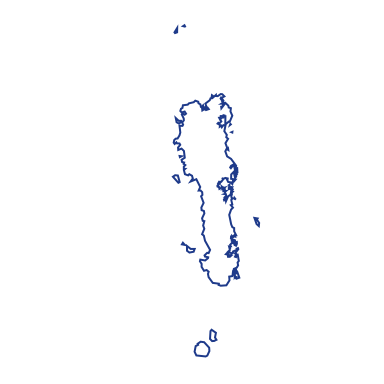 the district of Simeulue, Aceh, Indonesia, rotated 46°
{"feature_id": "22746128B32199422560180", "entity_name": "Simeulue", "entity_type": "district", "adm_level": 2, "iso_a3": "IDN", "parent_name": "Indonesia", "parent_adm1": "Aceh", "projection": "natural_earth1", "projection_center": [96.15, 2.538], "detail": "fine", "context": "isolated", "style": "outline", "palette": "blue", "viewbox_px": 384, "rotation_deg": 46, "n_neighbors": 0, "source": "geoboundaries", "source_scale": "gbopen_adm2", "svg_char_len": 6173}
<svg xmlns="http://www.w3.org/2000/svg" viewBox="0 0 384 384"><g transform="rotate(46 192 192)"><path d="M145.7,102.3L142.7,102.3L141.5,103.3L140.9,106.9L139.6,108.1L138.8,107.4L138.6,112.3L137.5,113.6L138.3,115.5L137.7,121.0L142.2,123.0L142.3,122.2L144.0,122.4L142.8,125.0L141.9,124.9L142.3,126.0L141.1,124.7L140.5,127.9L139.2,126.9L139.5,126.0L137.0,126.5L134.8,125.1L132.7,125.7L131.4,124.8L128.6,126.2L128.6,128.4L126.1,132.6L126.2,134.4L123.3,138.3L124.9,140.5L124.5,142.1L125.6,144.1L127.6,144.2L129.0,141.4L131.5,141.9L131.3,143.6L129.3,144.1L129.2,145.5L133.4,146.9L134.8,148.1L135.2,150.9L137.4,151.6L137.8,152.9L135.7,155.0L141.1,159.1L142.6,161.7L143.5,165.2L142.3,166.7L142.3,168.7L143.8,170.9L145.4,171.1L145.4,168.8L146.5,169.1L148.4,167.3L149.9,167.7L150.3,171.1L152.2,172.7L153.5,169.4L156.9,169.3L162.3,173.4L161.6,177.1L163.5,178.3L165.3,177.2L165.9,178.5L168.0,178.1L168.1,180.3L169.7,181.8L170.6,180.9L170.6,182.6L174.3,184.7L177.4,183.2L177.3,181.6L180.3,180.7L182.8,182.0L183.5,185.7L185.8,180.0L194.1,182.6L195.6,186.2L196.9,184.8L199.2,184.8L201.3,186.5L201.4,188.4L207.9,191.2L209.7,196.1L211.8,197.7L213.9,196.6L216.0,198.0L217.9,203.0L220.2,204.3L221.5,203.4L223.9,207.3L227.0,208.7L229.4,214.1L231.6,213.8L236.1,216.5L246.2,219.2L247.5,222.5L246.3,223.3L246.3,227.0L247.5,227.5L250.2,225.7L250.7,226.4L250.4,230.1L246.4,233.0L247.3,234.4L250.4,235.0L252.5,237.1L257.0,238.1L258.3,235.7L260.9,235.4L262.0,237.4L264.8,239.2L271.8,240.2L276.6,236.4L277.3,237.4L279.4,236.4L283.0,232.1L281.6,226.4L278.7,224.0L280.6,221.3L278.3,218.5L279.1,218.0L278.4,216.7L276.6,217.5L277.7,216.1L276.4,215.2L277.5,212.4L276.8,209.8L274.4,208.2L274.1,206.2L268.9,202.7L268.4,203.7L269.4,205.5L268.4,206.0L267.6,203.6L266.2,203.7L266.8,203.1L266.0,203.1L265.3,198.4L264.3,197.9L263.8,199.2L264.9,199.6L263.3,203.7L264.2,205.4L263.4,206.4L265.0,207.6L264.9,209.8L263.6,211.1L262.8,210.5L263.8,208.7L260.3,210.8L260.2,208.3L260.9,208.7L262.0,206.6L260.0,207.3L260.0,205.0L257.3,203.4L258.3,203.1L257.6,202.5L258.1,201.8L256.5,201.3L256.3,198.5L257.7,197.9L255.9,196.0L255.1,196.2L255.9,197.3L254.7,197.4L253.7,196.1L254.0,195.7L252.5,196.3L251.5,195.2L252.6,195.0L251.5,193.8L252.4,193.8L252.5,191.0L253.5,190.2L249.6,189.0L247.2,186.7L245.3,187.4L242.5,186.3L234.3,181.1L231.8,176.1L231.7,173.4L228.4,173.2L229.0,171.7L225.0,169.3L224.7,167.1L223.8,167.6L220.9,165.7L221.5,165.1L220.1,163.8L220.1,162.3L218.7,162.8L218.4,160.8L217.7,160.8L218.4,161.6L218.2,162.3L216.7,161.4L216.5,159.7L215.7,160.3L216.5,162.2L218.1,162.5L220.7,166.1L220.2,169.0L222.2,173.9L221.1,173.1L220.4,174.7L219.5,174.2L219.2,170.7L218.5,171.4L218.5,170.0L217.2,169.2L216.0,170.1L216.4,169.1L214.8,168.4L214.9,166.9L212.7,169.6L213.6,167.1L212.4,166.5L212.7,165.4L211.5,167.3L211.5,165.6L211.1,166.3L210.7,165.4L210.6,168.0L210.2,166.7L208.7,166.8L209.5,167.8L208.8,170.1L207.4,169.1L206.3,170.0L207.0,168.5L205.7,169.8L205.2,169.5L204.8,166.4L204.0,167.1L203.6,165.9L205.2,166.0L204.2,164.6L205.0,163.9L204.6,161.0L202.6,160.3L204.3,160.8L205.0,158.3L207.8,156.4L206.5,157.9L209.9,159.0L212.0,157.4L214.3,157.5L213.6,156.3L212.5,157.0L213.4,155.3L212.5,154.7L213.5,154.1L213.3,152.0L209.7,154.7L206.6,151.6L206.5,148.1L210.4,150.4L210.0,148.8L209.2,148.9L209.0,148.5L210.4,148.6L210.4,147.8L208.5,148.4L208.7,147.3L207.9,147.7L207.7,146.3L207.3,146.6L202.3,143.5L201.5,144.6L201.9,147.5L200.9,147.5L200.3,145.7L201.2,142.4L204.6,143.3L203.8,142.0L195.3,140.9L190.8,142.0L185.9,139.8L184.6,136.0L180.1,134.0L178.8,129.1L176.4,129.3L175.1,127.3L170.7,126.5L167.4,121.7L165.7,123.0L166.1,125.5L164.6,124.9L164.3,126.6L163.2,125.3L160.6,126.1L160.5,125.0L161.7,124.7L161.6,121.9L159.3,121.4L159.3,119.7L158.3,120.5L158.8,121.3L157.5,120.9L158.4,119.8L157.3,118.6L158.7,117.2L160.7,118.4L158.7,116.0L159.5,115.5L160.1,116.4L160.8,115.4L166.6,121.2L166.9,116.6L167.7,116.2L165.1,110.0L160.8,108.4L158.7,105.8L156.7,106.9L155.1,105.9L151.2,106.1L152.2,112.7L151.0,111.8L151.8,110.7L150.0,108.2L149.0,109.3L149.5,107.0L148.1,107.3L148.0,105.9L146.0,105.6L146.4,106.5L145.6,106.1L145.1,107.5L145.3,106.1L144.5,106.2L144.3,105.5L145.8,105.4L144.9,105.0L145.7,102.3ZM315.9,287.8L308.5,287.6L305.7,289.8L305.1,293.4L306.2,293.8L305.4,296.4L308.7,301.1L312.6,302.4L319.8,296.4L320.3,294.6L318.5,290.0L315.9,287.8ZM312.6,276.5L309.9,272.6L304.7,273.6L304.9,275.3L310.2,281.1L313.2,281.1L314.5,279.6L315.3,277.1L312.6,276.5ZM176.3,194.0L170.3,190.7L168.2,192.5L167.8,195.1L175.9,195.4L176.3,194.0ZM233.8,235.9L236.1,232.3L234.8,229.6L232.0,232.5L227.3,233.1L230.8,236.4L233.8,235.9ZM286.5,217.5L281.1,215.0L281.2,216.9L279.2,218.0L280.5,217.6L281.2,218.8L280.5,219.4L281.8,219.1L283.0,220.4L282.9,219.6L283.6,219.3L283.4,220.4L285.2,220.3L286.5,217.5ZM260.9,165.2L256.9,164.5L256.6,163.2L254.0,165.1L259.9,167.8L262.9,167.6L260.9,165.2ZM133.8,153.8L134.1,150.8L133.2,150.4L131.6,152.1L127.5,152.3L131.1,154.6L133.8,153.8ZM259.8,195.1L259.1,194.5L258.4,195.8L256.9,194.8L256.1,196.0L259.7,198.1L260.5,197.0L261.6,198.4L260.9,196.6L259.3,197.3L259.0,195.8L259.8,195.1ZM65.9,93.8L66.8,91.8L63.7,88.7L65.0,93.7L65.9,93.8ZM225.1,233.9L222.2,233.8L222.7,235.6L225.1,233.9ZM209.6,145.8L206.3,143.0L205.5,144.9L205.1,144.5L204.9,144.7L205.4,145.2L206.7,144.6L209.6,147.1L209.6,145.8ZM66.5,83.2L68.0,82.3L68.1,82.0L66.8,81.6L66.5,83.2ZM139.1,125.0L137.4,123.9L137.5,125.4L139.1,125.0ZM280.3,215.5L278.8,214.5L278.4,215.3L279.6,216.1L280.3,215.5ZM226.3,166.2L227.8,165.7L225.8,165.5L226.3,166.2ZM216.3,162.1L214.6,162.1L214.3,162.3L215.5,163.5L216.3,162.1ZM157.5,175.9L158.5,176.5L159.0,174.7L157.5,175.9ZM136.9,111.3L137.2,110.2L136.2,110.4L136.9,111.3ZM187.0,136.7L186.0,136.0L186.2,136.9L187.0,136.7ZM140.9,123.3L139.5,122.8L140.9,123.8L140.9,123.3ZM211.0,148.9L210.8,149.7L211.7,150.4L211.6,149.5L211.0,148.9ZM212.7,160.7L213.4,160.6L212.8,160.0L212.7,160.7ZM176.5,122.0L177.2,121.7L176.8,121.2L176.5,122.0ZM205.0,144.5L204.4,143.9L203.9,143.8L205.0,144.5ZM253.7,194.0L252.8,192.9L252.5,193.4L253.7,194.0ZM170.2,118.1L170.3,117.1L169.7,117.1L170.2,118.1ZM254.0,191.5L253.1,192.0L254.2,191.7L254.0,191.5ZM254.1,196.1L254.2,195.4L253.7,196.1L254.1,196.1Z" fill="none" stroke="#1e3a8a" stroke-width="2"/></g></svg>